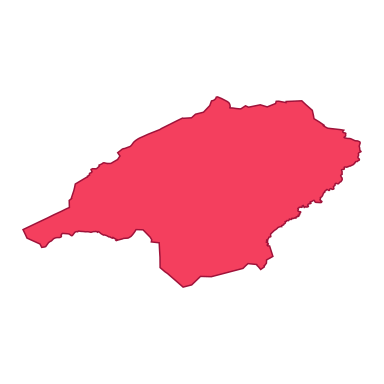 Kalncempju pag., Aluksne, Latvia (Robinson projection)
{"feature_id": "27541924B44633250029767", "entity_name": "Kalncempju pag.", "entity_type": "district", "adm_level": 2, "iso_a3": "LVA", "parent_name": "Latvia", "parent_adm1": "Aluksne", "projection": "robinson", "projection_center": [26.892, 57.332], "detail": "fine", "context": "isolated", "style": "filled", "palette": "rose", "viewbox_px": 384, "rotation_deg": 0, "n_neighbors": 0, "source": "geoboundaries", "source_scale": "gbopen_adm2", "svg_char_len": 5982}
<svg xmlns="http://www.w3.org/2000/svg" viewBox="0 0 384 384"><path d="M183.1,287.1L191.7,284.9L200.5,276.4L211.3,276.7L243.0,268.4L245.7,265.7L248.0,263.6L256.8,264.5L257.0,265.4L258.4,266.7L260.7,269.5L264.3,266.9L264.2,265.7L264.6,265.6L266.4,263.2L266.6,259.9L272.9,256.4L269.6,246.0L267.7,245.8L267.2,245.2L267.4,244.6L268.1,244.4L268.3,243.7L267.9,243.4L267.8,243.0L267.4,242.5L266.4,242.3L266.4,242.0L267.4,241.8L267.7,240.9L266.9,240.6L266.6,240.3L266.7,239.9L267.5,239.6L268.0,239.2L268.6,238.1L268.8,237.6L268.8,237.3L269.6,237.0L270.3,236.9L270.8,236.6L270.6,235.3L270.6,234.0L270.7,233.9L274.3,230.5L276.0,229.4L277.4,228.2L277.6,227.9L278.0,227.5L279.9,226.7L281.7,226.6L281.6,226.0L281.7,225.6L282.2,225.4L283.0,225.2L283.2,224.9L283.7,224.7L283.9,224.0L284.6,223.7L285.3,223.0L285.4,222.5L285.2,221.6L286.3,221.4L286.6,220.9L287.0,220.5L288.1,220.7L288.6,220.6L289.2,219.8L289.3,219.2L289.5,219.1L290.5,219.4L291.1,219.5L292.0,218.8L291.9,218.4L292.2,218.3L292.6,218.6L293.3,218.5L294.5,217.9L294.8,218.1L296.0,218.0L296.1,217.9L295.9,217.3L296.1,217.1L296.6,216.8L297.6,216.7L298.7,216.2L298.6,215.9L298.2,215.3L298.5,215.2L299.1,215.2L299.5,214.9L299.7,214.3L299.4,213.9L299.4,213.5L299.8,213.4L300.3,212.9L300.6,212.5L300.6,211.9L300.0,211.6L298.6,211.5L298.0,211.0L297.9,210.5L298.3,209.7L298.2,209.3L297.9,208.8L297.9,208.4L299.1,207.7L299.1,207.4L300.3,207.1L301.1,207.3L301.7,207.3L302.1,207.1L302.0,206.7L302.2,206.0L302.8,205.8L302.9,205.6L303.1,205.5L303.3,205.5L303.4,205.8L303.5,206.3L304.0,206.7L304.1,207.4L304.2,207.5L305.3,206.7L305.7,206.8L306.1,207.1L306.7,206.9L307.4,207.0L307.8,206.9L308.4,206.4L308.4,206.2L308.1,206.1L307.9,205.9L308.0,205.6L307.7,205.3L307.7,205.0L308.4,204.0L310.4,203.6L310.9,203.3L310.7,202.7L310.1,202.3L310.2,202.0L310.8,201.7L311.7,201.5L313.6,200.4L314.2,200.4L314.5,200.8L314.7,201.3L315.0,201.9L315.6,202.3L316.4,202.4L320.1,202.6L320.8,202.6L321.4,202.4L321.9,201.6L321.7,201.3L320.9,201.2L320.9,200.6L320.0,199.9L320.0,199.6L320.4,199.0L320.5,198.6L320.3,197.8L320.4,197.5L321.5,197.0L322.5,195.7L323.5,193.1L324.8,192.1L324.6,191.4L325.8,190.5L326.5,189.9L326.5,189.6L327.0,189.5L327.8,189.8L328.6,190.4L329.3,190.4L329.7,189.8L329.8,189.2L330.0,189.0L330.3,188.7L330.8,188.6L331.3,188.7L332.1,189.4L332.7,189.3L333.6,189.1L333.9,188.7L333.7,188.0L333.5,186.6L334.3,185.9L334.9,185.5L335.1,184.9L334.9,184.4L335.1,183.9L335.7,183.4L336.1,183.3L337.6,183.8L338.2,183.8L338.6,183.6L339.7,182.3L341.0,181.6L341.8,180.4L342.2,179.7L342.1,178.0L341.2,176.9L340.7,175.6L341.0,175.1L342.1,174.4L342.2,173.9L341.9,173.4L342.0,172.7L342.2,172.0L341.6,170.5L341.6,169.8L341.9,169.6L344.0,169.3L344.3,168.8L344.2,167.3L344.5,167.1L345.9,167.0L346.5,167.2L347.2,167.1L347.7,166.7L348.2,166.7L348.7,166.5L349.3,166.1L350.6,166.0L350.9,165.7L351.4,165.5L353.5,164.5L353.7,164.0L354.6,163.5L354.7,162.8L355.1,162.6L355.3,162.3L355.6,161.7L355.8,161.6L356.3,161.5L357.1,161.6L357.7,161.0L359.2,160.2L359.4,159.7L359.3,159.1L358.1,157.9L357.9,157.4L358.0,156.5L358.6,155.5L358.6,154.7L358.4,154.0L358.4,153.4L358.6,153.1L359.5,152.4L360.8,151.8L361.0,151.5L361.0,151.4L360.3,150.9L359.9,150.2L359.7,148.7L359.7,148.0L359.4,146.9L359.2,146.4L359.3,145.7L359.6,145.0L359.7,144.4L360.1,143.3L360.1,142.8L360.0,142.2L359.8,141.9L358.4,141.2L357.5,140.9L355.6,140.8L354.8,140.6L350.9,138.8L349.8,138.5L347.3,138.4L344.9,137.9L344.3,137.6L344.1,137.3L344.5,136.9L345.6,136.0L345.7,135.5L345.6,134.3L345.8,133.4L345.5,133.1L343.8,132.7L343.3,132.5L342.9,132.1L342.8,131.4L342.9,131.0L343.7,130.4L343.8,130.2L340.1,129.6L327.7,128.2L325.4,127.0L323.4,125.7L324.0,125.2L319.4,122.0L314.0,118.7L313.5,115.7L312.3,110.3L305.8,104.6L301.8,100.8L286.1,101.5L286.0,102.6L278.8,101.2L276.2,101.3L275.6,103.5L267.2,106.9L260.3,104.8L248.5,107.2L245.5,105.8L241.1,108.7L240.0,108.9L236.1,108.5L232.8,108.0L229.9,107.9L229.8,107.6L230.2,106.4L229.8,104.5L229.1,103.0L228.3,102.4L227.7,101.7L227.3,101.5L227.0,101.5L226.5,101.1L221.5,98.5L217.6,96.9L216.3,97.1L215.7,98.6L214.5,99.8L213.2,100.5L211.5,100.9L209.8,105.6L203.5,112.2L195.5,114.2L191.5,117.8L183.6,118.3L182.5,118.1L177.5,120.5L161.3,128.6L160.0,129.5L148.4,134.1L142.9,136.6L139.7,138.0L138.2,138.8L135.5,140.6L133.7,142.2L131.6,145.1L130.3,146.4L124.6,148.5L123.3,148.7L122.3,149.1L117.7,152.7L120.0,156.0L117.9,159.0L117.8,159.4L113.3,162.0L112.3,162.6L111.2,163.3L110.9,163.4L108.8,163.5L107.8,163.4L107.2,163.6L107.0,163.4L105.7,163.2L104.8,162.9L103.7,162.8L103.1,162.9L102.6,163.4L101.4,164.1L99.0,165.2L99.3,166.2L99.2,166.3L97.0,168.3L96.4,168.7L95.7,168.8L92.6,168.7L91.1,169.4L91.0,169.5L92.0,171.8L91.2,172.7L89.8,173.2L89.3,174.0L89.6,175.0L87.5,176.2L87.7,176.7L87.4,177.0L87.3,176.9L84.2,178.7L75.3,184.0L74.5,187.9L73.8,190.7L71.2,198.6L71.4,198.7L69.2,200.4L69.4,207.5L66.2,208.9L61.4,211.3L54.0,214.7L47.2,218.1L38.7,222.1L23.0,229.6L25.7,235.2L27.0,238.1L40.0,244.0L41.7,247.4L44.4,247.0L45.7,246.6L48.5,242.7L49.9,241.6L50.9,241.2L51.6,240.7L53.6,238.7L55.6,237.8L57.1,237.6L59.3,237.6L59.9,237.5L61.1,236.9L61.3,236.7L61.4,236.3L61.4,236.0L61.0,235.3L61.0,235.2L61.5,234.6L61.9,233.8L62.3,233.5L62.5,233.4L68.1,233.8L69.3,234.1L71.3,235.6L71.7,235.7L72.4,235.5L74.7,232.5L75.2,232.1L75.7,231.8L76.3,231.6L77.7,231.8L78.2,231.2L78.5,231.1L79.1,231.1L80.7,231.4L83.0,231.5L85.7,231.8L87.1,231.7L88.7,231.8L91.0,232.3L93.4,231.6L95.1,231.6L95.7,231.4L97.2,231.8L97.4,232.2L97.6,232.3L98.2,231.6L98.9,231.9L99.7,232.5L100.8,233.5L102.6,234.6L103.7,235.1L104.3,234.9L106.6,235.6L108.9,236.9L109.9,236.9L111.4,237.8L112.8,238.2L113.0,238.1L112.9,237.5L113.1,237.5L113.5,237.7L114.4,238.4L115.3,238.8L115.4,239.1L117.0,239.6L116.9,239.9L116.1,240.5L116.3,240.6L118.1,240.0L122.4,238.9L123.6,238.4L127.9,238.1L128.5,237.9L131.0,236.4L132.3,235.0L133.2,233.9L134.8,231.7L136.0,229.6L143.0,229.8L150.1,237.1L151.7,239.7L151.3,241.9L159.2,242.8L159.6,250.8L160.0,257.1L160.1,267.6L165.0,271.8L167.5,273.5L183.1,287.1Z" fill="#f43f5e" stroke="#9f1239" stroke-width="1.5"/></svg>